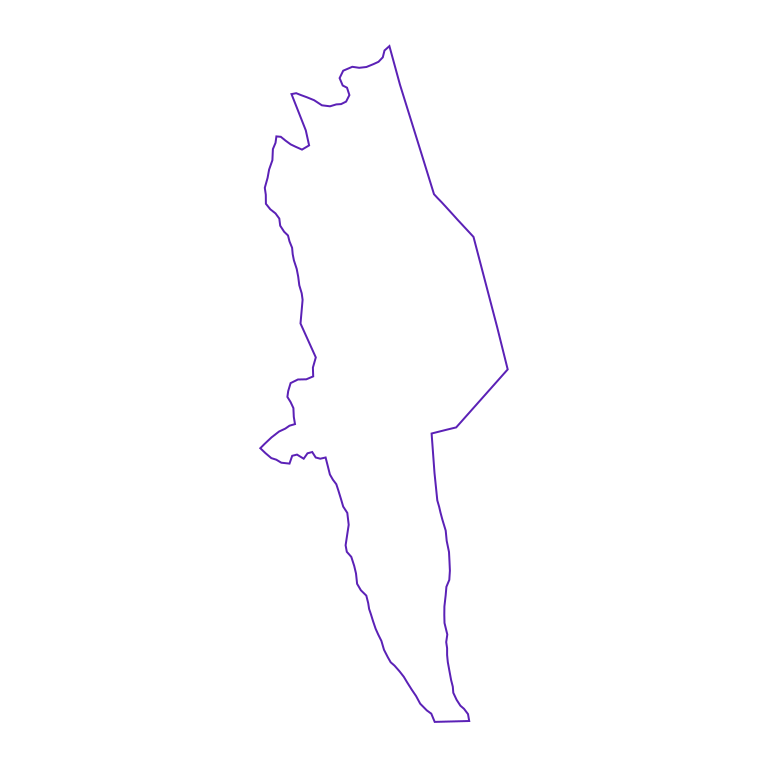 the district of Itiruçu, Bahia, Brazil
{"feature_id": "56859067B82004769572175", "entity_name": "Itiruçu", "entity_type": "district", "adm_level": 2, "iso_a3": "BRA", "parent_name": "Brazil", "parent_adm1": "Bahia", "projection": "equal_earth", "projection_center": [-40.17, -13.503], "detail": "fine", "context": "isolated", "style": "outline", "palette": "violet", "viewbox_px": 768, "rotation_deg": 0, "n_neighbors": 0, "source": "geoboundaries", "source_scale": "gbopen_adm2", "svg_char_len": 2125}
<svg xmlns="http://www.w3.org/2000/svg" viewBox="0 0 768 768"><path d="M469.2,721.0L468.0,714.1L464.0,708.8L460.4,705.7L456.6,699.8L453.3,692.8L452.8,686.7L451.1,680.0L449.3,670.3L447.8,662.1L447.1,655.0L447.1,648.2L446.2,642.1L447.3,634.5L444.5,623.0L444.3,614.9L444.4,606.5L445.7,595.0L446.4,586.8L449.3,579.9L449.9,570.7L449.5,561.7L449.0,552.0L446.7,540.9L445.7,530.6L442.4,519.7L440.5,512.6L439.1,506.6L437.3,500.4L434.5,473.0L431.6,433.5L447.1,429.6L456.2,427.4L507.7,369.4L497.2,327.3L473.5,236.9L457.7,219.9L451.3,212.8L441.7,202.3L437.6,198.1L434.0,194.2L421.9,155.1L400.0,84.8L389.4,46.1L384.5,50.5L382.8,57.3L378.5,61.8L373.5,64.1L366.4,67.0L359.2,67.8L352.3,66.8L343.2,70.7L339.6,78.1L342.7,85.5L347.0,87.7L349.4,95.1L346.1,101.6L341.1,104.1L336.3,104.4L330.0,106.3L321.9,105.3L314.1,100.2L307.0,97.3L301.0,95.1L296.2,93.2L291.5,94.1L305.8,130.4L309.1,145.4L302.0,149.6L295.5,146.7L290.7,144.4L285.5,140.6L280.8,136.8L276.4,136.4L275.5,142.9L272.9,149.1L272.4,160.2L269.1,169.6L267.6,177.8L264.8,187.8L265.8,194.8L265.9,203.8L270.3,209.3L275.5,213.4L279.3,218.6L280.2,225.7L284.1,231.7L288.0,235.5L289.5,241.4L292.1,247.8L292.7,254.2L293.9,260.3L296.7,268.9L298.2,276.7L299.3,285.3L301.7,293.3L302.6,299.8L300.5,323.5L315.8,357.4L312.9,367.6L313.2,376.4L306.3,379.3L297.9,379.5L290.6,383.1L288.2,391.1L287.4,396.9L290.6,402.1L293.4,408.1L293.8,416.9L295.0,424.1L289.5,425.7L285.3,428.6L279.1,431.5L271.5,437.4L264.8,443.7L260.3,448.2L265.3,453.0L271.3,458.1L276.3,459.7L281.3,462.7L289.5,463.6L292.2,455.8L297.0,454.6L303.7,458.7L307.5,453.3L312.2,452.0L315.7,457.5L320.3,458.7L325.6,457.5L327.9,466.5L329.9,474.5L332.9,479.7L336.3,484.2L338.4,490.6L341.3,500.1L343.2,506.6L347.3,512.9L348.7,524.8L347.0,536.0L345.6,545.3L346.8,551.8L351.3,556.9L354.2,565.9L356.0,573.5L357.1,583.8L360.9,590.3L366.3,595.6L368.2,603.1L369.1,608.9L370.9,614.2L373.0,621.0L375.6,628.7L378.2,634.5L381.4,640.9L384.0,649.8L387.8,657.2L390.7,662.3L394.5,665.6L399.5,671.3L403.8,676.8L407.1,682.3L411.7,689.6L416.1,696.1L420.2,703.7L426.8,710.4L431.3,713.7L434.7,721.9L469.2,721.0Z" fill="none" stroke="#5b21b6" stroke-width="2"/></svg>